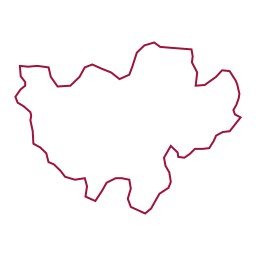 Chilgok-gun, North Gyeongsang, South Korea (Robinson projection)
{"feature_id": "91817680B44952414610796", "entity_name": "Chilgok-gun", "entity_type": "district", "adm_level": 2, "iso_a3": "KOR", "parent_name": "South Korea", "parent_adm1": "North Gyeongsang", "projection": "robinson", "projection_center": [128.47, 35.999], "detail": "fine", "context": "isolated", "style": "outline", "palette": "rose", "viewbox_px": 256, "rotation_deg": 0, "n_neighbors": 0, "source": "geoboundaries", "source_scale": "gbopen_adm2", "svg_char_len": 1170}
<svg xmlns="http://www.w3.org/2000/svg" viewBox="0 0 256 256"><path d="M191.5,49.4L168.5,47.6L160.2,46.9L154.2,42.5L144.4,45.4L136.8,52.7L132.3,66.7L129.3,74.7L119.5,79.1L111.2,72.5L102.1,68.9L92.3,64.5L84.8,67.4L79.5,76.9L70.4,85.7L57.6,86.5L50.8,76.9L48.6,67.4L37.3,65.9L28.2,66.7L19.9,65.9L20.7,76.2L25.2,82.1L25.2,85.7L20.6,89.4L15.4,96.8L17.6,102.6L23.7,106.3L30.4,112.2L31.2,115.8L30.4,120.2L32.7,131.2L33.4,143.7L40.2,147.4L46.3,153.3L48.5,162.1L53.8,164.3L60.6,170.9L65.1,176.8L74.9,179.7L84.8,178.2L87.0,186.3L85.5,196.6L95.3,201.0L102.1,190.7L106.6,182.7L115.7,178.2L121.7,178.2L129.3,179.7L130.8,188.5L127.8,198.8L130.8,206.9L145.1,213.5L151.2,208.4L152.5,206.0L155.7,200.3L159.5,193.7L168.5,187.8L170.8,181.9L169.3,172.4L165.5,165.8L164.0,157.7L170.8,145.9L177.6,152.5L178.3,156.9L184.4,157.7L189.7,154.0L194.9,148.9L202.5,148.9L209.3,148.1L213.8,140.8L216.1,135.6L220.2,133.4L222.9,132.0L229.7,131.2L240.6,117.4L234.9,114.4L233.4,110.0L236.4,104.8L238.7,98.2L239.4,93.8L237.2,84.3L235.7,80.6L229.6,71.1L222.1,70.3L216.0,76.9L210.8,80.6L204.7,85.0L195.7,85.7L197.2,72.5L191.9,62.3L192.7,56.4L191.5,49.4Z" fill="none" stroke="#9f1239" stroke-width="2"/></svg>